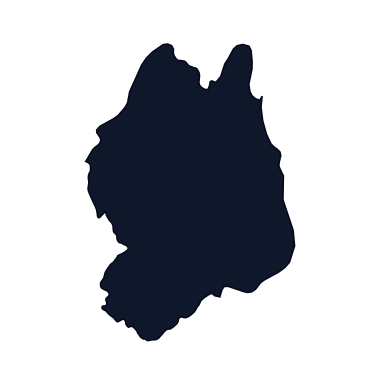 Južno-Banatski, Robinson projection, rotated 279°
{"feature_id": "SRB-1060", "entity_name": "Južno-Banatski", "entity_type": "District", "adm_level": 1, "iso_a3": "SRB", "parent_name": "Republic of Serbia", "parent_adm1": "", "projection": "robinson", "projection_center": [20.779, 44.991], "detail": "fine", "context": "isolated", "style": "filled", "palette": "ink", "viewbox_px": 384, "rotation_deg": 279, "n_neighbors": 0, "source": "natural_earth", "source_scale": "10m", "svg_char_len": 3992}
<svg xmlns="http://www.w3.org/2000/svg" viewBox="0 0 384 384"><g transform="rotate(279 192 192)"><path d="M205.5,82.2L218.2,87.2L220.9,89.1L223.2,91.4L225.6,93.2L228.7,93.9L231.3,92.8L235.6,88.7L238.3,88.1L242.7,90.9L251.8,102.7L256.2,107.2L265.1,112.6L269.9,114.4L281.2,114.7L309.6,122.4L317.2,126.0L324.0,130.9L330.7,137.9L333.1,140.5L334.4,144.8L333.4,149.0L330.0,151.5L326.7,151.7L323.9,152.9L321.6,155.0L319.6,157.7L319.9,158.2L320.1,160.2L320.1,162.6L320.0,164.3L319.2,165.7L317.0,168.1L316.2,169.4L315.1,174.1L315.0,176.4L314.1,178.0L310.8,180.4L308.0,181.3L301.2,181.7L298.5,182.9L296.6,185.5L295.3,188.9L295.9,191.8L299.5,192.6L304.0,192.8L304.9,194.5L304.2,196.7L304.4,198.6L310.6,202.3L323.5,204.3L330.2,207.2L339.6,210.5L343.5,213.6L345.7,219.0L345.0,225.4L341.2,228.2L330.3,231.0L322.8,232.0L307.2,231.3L300.0,233.6L296.5,236.3L294.1,240.0L293.2,244.6L297.7,246.3L286.8,246.9L273.5,250.7L260.9,256.4L251.9,262.5L249.4,265.9L247.5,269.7L245.2,272.7L241.8,274.0L235.0,273.5L231.4,273.7L228.9,275.1L222.2,279.8L211.2,281.3L198.5,283.1L170.0,297.9L154.7,301.8L146.2,300.5L137.9,299.3L132.1,295.7L126.3,290.0L116.7,277.5L113.3,274.0L105.9,270.0L102.9,266.9L101.5,262.9L101.6,259.1L104.4,242.8L103.8,238.7L100.4,237.0L92.7,235.9L93.1,230.5L94.1,229.2L94.5,228.5L94.6,227.8L94.6,227.0L94.5,226.4L94.0,225.6L93.5,224.9L92.2,223.5L90.4,221.5L88.3,219.5L86.8,218.4L86.1,217.9L85.4,217.6L83.1,217.0L81.8,216.6L79.1,215.1L75.7,213.9L74.5,213.3L73.0,212.3L70.6,210.3L69.2,208.9L68.6,208.2L67.3,206.3L66.9,205.6L66.8,204.9L66.7,204.1L66.9,202.3L67.0,201.5L66.8,200.7L66.6,200.1L66.2,199.6L65.6,199.1L65.1,198.7L64.8,198.6L62.3,198.5L61.4,198.4L60.7,198.2L59.9,197.8L58.5,196.9L56.0,194.8L54.5,193.3L53.8,192.6L53.3,191.8L53.1,191.1L52.7,189.6L52.4,188.9L51.9,188.2L51.3,187.7L48.9,186.0L47.0,184.9L43.3,182.5L42.6,182.0L41.6,181.0L40.8,179.9L40.4,178.9L40.1,178.0L39.8,176.1L39.6,175.1L38.5,172.5L38.3,171.8L38.3,171.0L38.6,170.3L39.3,168.8L39.5,168.2L39.4,167.5L39.2,166.8L40.8,163.7L42.9,161.9L44.2,160.4L46.0,159.4L46.6,158.8L49.1,155.6L49.5,154.9L49.7,154.2L49.8,153.5L49.8,152.9L49.6,152.2L48.9,151.3L48.6,150.8L48.6,150.2L49.1,149.3L50.3,148.1L50.8,147.6L51.3,147.4L53.2,146.8L53.7,146.6L54.4,146.1L55.1,145.4L55.4,144.8L55.6,144.1L55.5,143.4L55.1,142.8L53.8,141.3L52.4,139.4L52.2,138.8L52.1,138.6L52.4,137.8L53.0,137.0L55.3,134.4L55.8,133.6L56.4,132.3L57.4,130.4L58.2,129.1L60.7,126.1L61.2,125.3L61.9,123.1L62.2,122.4L62.6,121.8L63.1,121.4L63.7,121.2L64.1,121.1L64.6,121.2L65.2,121.5L65.4,121.9L65.6,122.3L65.8,123.8L66.0,124.3L66.3,124.7L66.7,125.0L67.3,125.2L68.0,125.3L68.8,125.2L69.4,125.1L70.0,124.8L71.0,124.2L71.9,123.8L72.4,123.7L73.0,123.8L73.7,124.0L76.0,125.8L77.2,126.2L78.0,126.3L78.8,126.1L79.4,125.6L80.0,125.0L80.9,123.8L81.2,123.2L81.7,121.0L82.7,118.4L83.0,117.8L83.5,117.2L84.4,116.7L85.4,116.3L87.0,116.0L87.6,116.0L88.4,116.1L89.2,116.4L92.8,118.1L93.8,118.3L94.8,118.5L97.9,118.7L98.9,118.9L100.8,119.5L104.4,121.2L106.8,122.3L108.3,123.3L109.9,124.9L110.8,125.5L115.8,128.2L116.4,128.3L117.2,128.6L117.8,129.1L118.4,129.8L119.6,131.8L122.3,135.2L124.3,137.1L124.7,137.4L125.4,137.8L125.9,137.8L126.4,137.7L126.9,137.6L127.8,137.0L128.2,136.6L128.6,136.1L128.8,135.6L129.6,132.6L130.4,130.7L130.5,130.0L130.6,128.4L130.7,127.9L131.0,127.5L131.3,127.1L132.6,126.0L133.3,125.6L133.8,125.3L134.4,125.2L136.2,124.8L136.7,124.6L137.7,124.1L138.2,123.7L138.6,123.3L139.7,121.5L140.2,121.0L140.7,120.7L142.9,120.0L146.7,119.1L147.6,118.5L148.9,117.5L149.3,117.0L150.1,115.9L150.9,115.0L154.1,112.2L155.1,111.5L159.1,109.4L155.6,107.1L152.4,104.8L152.1,104.4L152.0,104.0L152.0,103.6L152.2,103.2L152.8,102.7L153.6,102.4L158.0,101.1L159.8,100.4L160.5,100.0L163.0,98.5L165.9,96.4L169.6,94.0L175.2,90.4L176.5,89.7L178.2,89.0L179.2,88.8L180.2,88.7L184.2,88.7L185.2,88.6L186.2,88.4L189.2,87.5L190.2,87.3L192.3,87.2L193.4,87.3L194.4,87.5L196.6,88.3L197.4,88.4L202.9,87.4L203.2,87.0L204.7,85.0L205.5,82.5L205.5,82.2Z" fill="#0f172a" stroke="#020617" stroke-width="1.5"/></g></svg>